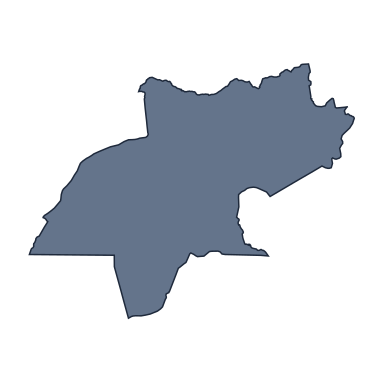 the district of Banalia, Orientale, Democratic Republic of the Congo, rotated 358°
{"feature_id": "63176286B83745324886444", "entity_name": "Banalia", "entity_type": "district", "adm_level": 2, "iso_a3": "COD", "parent_name": "Democratic Republic of the Congo", "parent_adm1": "Orientale", "projection": "orthographic", "projection_center": [25.603, 1.49], "detail": "fine", "context": "isolated", "style": "filled", "palette": "slate", "viewbox_px": 384, "rotation_deg": 358, "n_neighbors": 0, "source": "geoboundaries", "source_scale": "gbopen_adm2", "svg_char_len": 4858}
<svg xmlns="http://www.w3.org/2000/svg" viewBox="0 0 384 384"><g transform="rotate(358 192 192)"><path d="M350.8,112.2L347.9,112.6L339.4,113.1L338.2,112.4L337.9,110.7L337.2,107.5L336.9,105.4L336.4,103.7L335.3,103.3L334.8,103.6L332.9,105.0L331.0,106.6L329.7,107.7L328.2,110.5L324.4,111.3L320.2,110.8L318.5,110.0L316.4,107.3L316.5,106.3L316.2,105.9L315.7,105.6L315.2,104.6L314.8,104.4L314.9,103.1L314.2,103.1L313.9,102.6L314.1,100.6L312.8,89.9L314.4,89.1L314.7,87.7L314.6,85.8L312.4,84.3L312.3,81.4L313.1,77.7L314.3,76.4L314.2,74.6L312.9,68.1L310.3,68.2L308.9,68.2L306.4,68.3L305.1,69.0L304.3,70.4L302.8,71.0L302.0,71.1L300.4,71.2L298.8,71.3L298.2,71.7L296.9,73.3L295.9,74.0L295.5,74.9L295.3,75.4L294.9,75.4L292.8,74.0L292.3,73.9L291.4,73.0L289.7,73.3L288.7,73.8L287.4,75.0L286.1,75.4L284.0,77.1L283.9,77.6L284.1,78.4L283.8,78.9L282.9,79.5L282.0,79.6L280.4,80.1L277.8,79.9L275.6,79.2L273.6,79.4L271.7,80.4L270.3,80.6L269.8,80.4L266.6,81.4L265.9,83.2L265.1,85.8L264.6,86.5L264.0,87.1L263.9,88.0L263.1,89.0L263.4,89.8L263.1,90.2L262.1,91.0L261.3,90.8L258.3,89.1L256.8,89.2L256.1,88.7L255.1,86.8L254.9,86.8L253.0,83.5L251.0,84.1L248.7,83.7L246.7,82.5L245.3,82.1L244.1,82.1L242.5,82.2L241.2,80.7L240.6,80.3L238.5,80.8L236.4,82.2L234.3,83.1L232.8,85.4L231.2,87.6L229.6,87.8L226.1,90.2L224.5,91.5L222.5,92.6L219.8,94.4L217.2,95.2L214.7,95.2L212.3,96.0L211.6,95.0L211.1,95.0L210.7,94.9L210.3,94.7L209.5,94.9L209.0,94.6L207.0,94.9L206.3,94.6L203.7,94.9L202.9,95.3L201.0,95.1L199.9,94.5L198.8,92.6L198.1,92.0L196.8,91.9L195.5,91.4L194.0,91.5L193.1,91.1L192.2,91.2L191.8,91.4L191.0,91.3L190.2,91.6L188.1,91.5L186.7,90.5L186.3,90.5L185.1,90.4L184.8,90.1L185.1,89.3L184.7,89.0L183.3,88.8L182.6,88.3L180.8,88.0L180.3,87.2L178.7,86.1L177.5,85.9L176.3,85.1L175.4,84.0L175.4,83.3L174.5,82.1L174.3,81.4L173.6,80.9L173.5,80.7L172.7,80.9L171.3,80.5L170.5,79.6L169.5,79.4L168.1,79.6L166.8,80.2L166.3,80.1L163.6,78.7L161.6,78.7L156.2,76.0L153.5,76.3L152.9,76.9L152.1,77.2L151.3,78.1L150.6,78.4L150.3,78.8L150.0,80.0L149.5,80.9L148.3,82.1L147.5,82.2L146.5,82.8L145.8,83.4L144.6,83.9L144.1,84.6L143.9,86.0L143.6,86.5L143.7,86.9L143.1,87.4L142.2,89.8L143.3,89.6L145.4,89.7L146.4,90.3L147.5,90.4L148.3,91.1L148.6,92.5L147.9,95.0L148.2,96.0L147.6,97.3L148.1,106.2L148.6,113.0L149.1,119.5L149.4,124.5L149.9,131.1L150.3,132.6L149.5,134.5L147.7,135.8L141.6,136.4L139.4,137.1L136.9,137.5L134.2,137.6L130.4,137.6L126.0,139.2L120.3,142.3L112.1,144.0L105.3,146.5L100.6,148.3L95.2,150.5L93.0,152.0L89.6,153.9L87.8,154.7L83.9,157.3L81.5,159.4L80.0,162.5L78.1,166.9L75.1,171.0L71.8,176.3L67.2,181.4L63.8,184.4L62.6,186.1L61.3,189.9L60.7,194.4L60.3,196.2L56.7,200.2L53.9,203.3L49.7,206.5L47.4,208.1L45.5,209.3L43.9,210.2L42.6,211.5L42.3,212.4L44.0,213.2L44.5,213.7L45.3,214.5L45.6,215.4L46.8,216.6L46.2,217.6L43.2,222.0L39.1,228.6L37.8,230.7L35.5,231.7L34.4,233.1L34.1,234.7L33.0,237.1L32.1,238.0L31.9,239.0L31.9,240.9L31.5,241.6L31.0,242.2L29.9,242.8L29.6,243.1L29.1,244.1L27.3,248.8L112.1,252.5L111.8,264.0L117.1,286.2L120.2,299.5L124.1,315.9L127.2,314.3L128.7,313.9L131.3,313.7L136.9,314.0L141.2,313.4L146.0,312.5L153.4,309.8L156.5,307.7L158.5,305.8L161.7,298.1L162.2,297.6L162.7,296.2L162.3,294.4L162.7,292.9L165.4,291.7L165.4,291.2L166.1,290.4L167.3,287.6L173.1,274.0L175.7,267.7L177.1,266.8L181.3,263.6L183.5,262.2L185.0,259.2L187.6,253.7L188.3,253.2L188.7,252.9L191.6,254.4L193.6,255.9L195.3,256.8L196.5,256.7L201.7,256.5L207.4,252.1L209.9,251.9L215.8,252.0L218.0,252.8L219.8,255.0L222.9,255.6L258.5,257.7L266.0,258.6L264.0,255.5L263.3,254.5L262.2,253.5L261.5,252.9L260.5,252.8L259.2,251.9L258.6,251.9L257.4,252.6L256.0,252.7L255.4,252.5L254.4,251.3L250.6,250.3L249.7,249.8L248.9,248.8L248.7,247.4L248.3,246.9L248.1,247.2L247.9,247.5L247.6,247.4L247.4,246.3L246.8,246.3L246.7,246.9L246.5,247.0L246.1,246.5L245.8,246.6L244.8,246.0L244.1,246.2L243.5,246.1L243.4,245.8L242.9,245.6L241.2,239.8L240.7,235.9L240.9,235.4L241.7,234.7L241.9,233.9L241.1,231.8L240.9,231.6L240.1,230.6L239.0,228.7L238.6,226.9L238.4,226.5L237.5,226.6L237.0,225.0L237.1,223.7L238.1,221.8L238.1,221.3L237.7,220.5L236.9,220.1L236.2,219.2L235.7,218.8L238.3,208.5L238.3,199.1L238.5,196.2L241.5,193.6L244.7,192.2L246.9,190.5L249.4,189.7L253.5,189.3L256.4,189.8L258.1,190.5L266.5,194.6L269.2,198.3L269.9,199.2L281.9,192.7L293.7,186.3L300.0,182.9L314.4,175.2L322.8,170.6L326.1,172.4L328.7,173.1L330.1,173.1L332.0,172.6L333.4,168.3L332.9,165.0L332.9,163.6L333.7,162.9L335.2,163.6L336.0,164.0L337.3,164.2L340.3,163.3L342.0,161.9L342.0,158.9L341.1,153.5L343.1,150.1L344.3,148.8L344.3,146.8L342.9,144.2L344.0,140.7L345.8,138.9L351.8,133.6L354.9,129.1L356.3,125.0L356.7,124.5L356.5,123.2L355.7,122.3L354.8,122.1L353.6,121.2L352.5,121.0L351.0,119.5L350.5,119.4L349.7,119.8L348.8,119.9L348.0,119.7L347.4,117.2L347.1,116.4L347.5,115.5L349.1,113.4L349.6,112.5L350.8,112.2Z" fill="#64748b" stroke="#1e293b" stroke-width="1.5"/></g></svg>